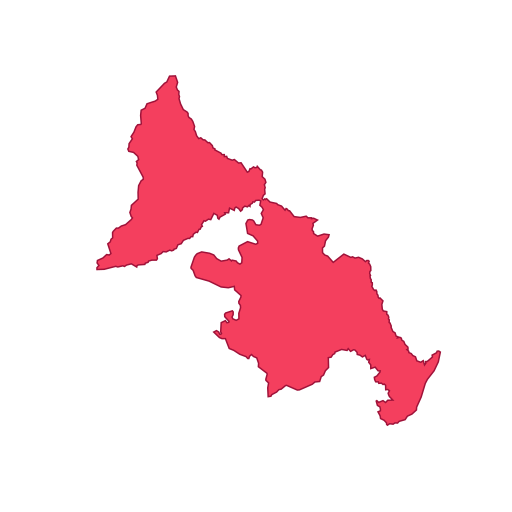 outline of Lehlakaneng, Mafeteng, Lesotho, rotated 167°
{"feature_id": "5366337B94978153293499", "entity_name": "Lehlakaneng", "entity_type": "district", "adm_level": 2, "iso_a3": "LSO", "parent_name": "Lesotho", "parent_adm1": "Mafeteng", "projection": "equal_earth", "projection_center": [27.647, -29.815], "detail": "fine", "context": "isolated", "style": "filled", "palette": "rose", "viewbox_px": 512, "rotation_deg": 167, "n_neighbors": 0, "source": "geoboundaries", "source_scale": "gbopen_adm2", "svg_char_len": 6132}
<svg xmlns="http://www.w3.org/2000/svg" viewBox="0 0 512 512"><g transform="rotate(167 256 256)"><path d="M414.0,278.6L406.9,277.2L395.0,277.5L393.1,276.4L387.9,276.4L386.5,275.4L384.2,276.3L379.2,276.4L374.7,272.1L374.1,273.4L372.6,273.8L366.2,272.8L365.5,273.9L362.6,274.1L361.8,275.2L358.5,275.4L353.9,274.4L352.7,275.5L352.4,278.9L347.9,279.7L345.5,281.2L342.6,280.2L338.7,281.1L337.0,280.0L334.9,280.3L334.5,281.0L331.9,281.3L329.6,284.5L326.1,284.8L323.2,287.6L318.3,288.5L316.8,288.0L314.8,289.5L313.3,289.1L312.2,291.3L309.1,292.7L307.8,292.1L305.5,294.8L304.3,294.7L302.9,296.6L301.6,297.0L302.0,298.8L298.7,302.1L297.5,301.3L294.0,302.6L291.9,301.6L287.5,307.0L284.6,304.4L284.7,301.4L283.8,300.2L282.3,302.0L276.5,303.7L276.8,305.2L273.0,304.3L271.0,308.6L266.9,305.3L265.9,307.5L264.4,308.2L262.2,306.1L260.9,303.1L258.9,304.2L258.3,305.8L255.7,307.1L253.3,305.8L251.6,306.8L250.7,305.7L250.1,307.5L247.8,308.2L246.8,309.5L245.4,308.9L243.8,310.2L240.5,309.7L239.0,308.7L240.8,304.6L239.1,302.1L238.4,299.4L241.3,296.3L240.4,291.6L244.0,285.7L245.8,285.2L249.1,286.5L250.4,290.7L251.4,291.9L254.2,293.0L255.9,292.9L258.5,289.9L259.1,279.9L254.3,276.3L251.1,270.2L251.5,268.0L253.6,267.5L261.0,271.9L270.2,269.5L271.4,267.8L271.7,266.0L269.9,257.7L271.4,252.6L273.5,251.7L275.6,253.6L276.5,255.6L280.2,257.3L281.0,256.7L282.9,259.3L284.9,258.5L291.1,258.8L294.9,262.3L296.9,266.5L300.6,269.1L308.0,272.2L312.8,271.5L314.5,270.4L316.3,268.7L321.9,259.7L322.0,258.5L320.5,256.2L319.8,250.4L319.0,248.5L307.4,242.1L297.0,233.7L290.1,231.3L284.0,231.3L284.4,227.8L279.5,220.9L280.0,219.3L283.0,215.6L283.3,213.8L282.3,211.4L282.7,209.0L285.6,204.1L286.8,198.6L289.8,197.8L292.7,200.0L293.1,201.9L291.5,203.9L290.8,206.6L291.4,207.9L298.4,207.3L299.7,206.3L300.1,203.9L297.0,198.4L297.5,197.5L299.3,197.5L300.4,199.9L304.9,198.9L307.5,189.9L307.0,188.4L307.9,187.6L308.9,187.9L309.5,190.4L311.3,192.2L314.3,191.4L310.0,184.8L307.7,183.1L304.4,182.4L302.9,171.9L298.9,169.1L293.9,163.9L288.3,160.2L287.1,158.0L286.1,157.7L284.8,159.8L282.5,161.0L281.1,158.7L278.2,156.6L277.6,150.9L278.6,147.6L271.8,139.4L271.7,138.3L274.1,133.8L274.3,132.6L272.3,129.5L274.2,124.9L275.8,116.2L273.0,116.0L271.8,117.4L266.5,118.8L263.9,120.6L261.4,120.6L256.4,123.1L255.3,123.1L245.9,116.1L243.8,115.8L230.0,118.4L226.9,120.0L222.2,119.4L219.6,123.8L217.0,124.8L214.2,128.6L210.4,131.0L208.4,140.7L205.6,140.5L203.3,142.7L201.3,143.2L200.6,144.6L193.6,145.7L188.5,143.5L187.0,145.0L185.3,141.8L182.0,142.7L180.8,142.2L179.2,139.4L179.5,137.3L177.0,136.0L175.0,133.7L171.9,134.6L171.3,130.5L170.7,129.7L168.8,129.7L170.1,127.1L168.7,124.1L169.5,120.5L164.9,120.9L162.8,116.6L160.8,116.1L161.3,115.0L165.2,111.9L168.0,111.2L168.2,108.9L167.7,106.5L165.1,105.8L165.0,104.3L162.4,103.9L161.1,102.2L159.9,102.4L158.8,100.9L159.7,96.5L157.6,96.3L156.3,94.6L158.1,92.6L158.0,90.9L157.6,89.0L155.1,84.8L160.1,85.8L162.7,84.1L164.8,86.5L169.4,85.8L170.8,87.9L171.5,87.6L171.3,83.1L169.2,81.1L169.2,78.8L169.6,77.2L172.2,76.7L171.0,72.4L171.2,69.6L168.1,67.1L166.4,64.1L166.6,62.5L166.0,61.6L163.5,62.5L160.2,61.3L158.2,62.1L155.6,61.4L153.7,62.7L147.5,63.0L144.5,65.9L139.6,66.9L134.3,69.9L133.5,72.6L126.8,81.4L119.7,93.8L116.7,97.3L108.3,104.1L102.2,111.8L98.0,120.9L99.3,122.3L100.9,122.5L101.9,121.1L106.7,119.8L106.8,117.9L112.9,114.7L114.5,115.0L114.6,113.4L116.3,111.9L116.6,116.4L119.4,115.4L122.9,117.7L123.3,121.9L125.6,123.7L126.7,126.0L128.8,127.5L128.6,128.9L130.0,130.8L128.8,131.0L128.5,133.0L130.7,136.4L131.2,139.5L132.9,141.3L132.9,143.3L134.2,144.5L136.6,144.4L135.9,145.4L137.5,146.4L137.8,149.9L139.6,151.6L140.4,156.1L140.0,157.3L140.5,160.6L141.2,161.2L140.5,163.9L141.1,164.9L140.4,166.5L140.7,168.7L141.7,169.7L141.1,172.4L144.3,173.8L144.9,175.7L144.3,180.5L142.4,183.7L144.6,187.2L145.5,187.0L146.2,188.4L146.0,190.4L146.7,191.9L146.3,194.4L146.8,195.9L147.8,195.5L149.0,196.9L150.0,200.5L149.2,201.5L148.7,203.8L149.6,204.4L149.1,207.3L149.6,208.2L149.4,211.0L148.8,211.3L149.2,213.3L148.5,215.3L147.4,216.0L146.6,219.8L147.1,222.5L148.0,223.8L147.0,225.2L147.3,226.2L149.0,226.7L150.7,225.9L153.1,229.3L156.4,231.7L160.0,231.7L162.1,233.5L163.9,233.3L170.0,238.1L182.2,232.4L186.2,239.8L188.8,241.5L190.4,244.3L189.4,248.9L187.1,250.2L184.8,255.2L181.2,258.1L180.0,260.3L184.8,262.1L191.5,261.5L194.8,264.9L194.5,266.8L195.4,268.3L195.2,270.0L193.2,273.0L193.2,275.0L188.0,277.2L191.3,279.8L193.5,279.9L193.3,280.7L196.8,281.5L198.1,283.5L204.1,283.6L210.0,285.8L213.1,292.5L214.2,292.9L215.3,295.0L216.0,295.5L217.4,294.1L219.9,298.9L223.4,301.2L224.0,302.5L230.2,305.4L232.8,309.4L234.2,308.9L234.5,309.7L236.2,309.0L236.9,309.7L237.1,310.6L235.1,313.5L233.2,314.5L232.5,319.3L231.7,320.4L231.8,323.6L229.8,325.5L230.0,328.8L232.1,331.9L230.7,336.2L231.4,338.5L232.4,339.0L234.6,343.1L235.3,342.1L237.1,342.2L238.4,343.4L241.4,342.0L242.2,342.4L243.9,340.0L245.6,339.6L249.6,350.2L252.1,350.5L255.4,354.9L257.6,354.7L261.9,357.5L262.2,359.7L264.5,360.0L264.1,361.9L266.5,362.5L267.0,364.1L272.2,368.6L271.9,369.6L273.6,371.0L273.7,373.4L275.8,377.0L277.4,377.2L279.7,380.6L281.4,381.1L283.2,383.6L285.4,383.3L286.8,386.5L287.1,390.9L288.0,393.2L286.7,396.0L287.3,401.3L288.2,404.0L290.2,406.1L290.6,407.9L290.1,410.2L290.7,411.7L293.9,415.0L295.3,421.2L295.6,426.7L294.7,428.5L294.9,430.7L294.0,433.7L295.2,435.4L295.7,438.6L293.3,442.8L294.0,449.6L299.8,450.7L303.8,445.6L306.3,444.9L316.4,438.2L315.9,434.7L316.4,430.8L319.3,429.6L327.9,428.9L330.9,424.9L335.1,423.9L336.8,418.9L338.0,410.8L338.6,410.1L341.7,410.5L343.8,408.9L347.1,404.1L350.9,400.4L350.1,398.0L354.4,394.0L355.4,390.6L356.8,389.1L356.4,386.6L352.0,384.5L348.7,379.7L348.7,376.3L351.3,375.0L350.9,373.5L351.7,371.2L348.2,358.2L348.6,356.1L351.0,355.1L354.5,351.0L356.6,344.6L358.0,337.9L366.0,333.4L367.2,329.8L369.1,326.8L368.7,322.6L367.8,320.9L369.4,319.5L376.0,315.9L380.5,315.5L383.8,314.1L385.8,314.6L389.6,312.1L390.5,311.1L391.6,305.9L393.5,304.9L394.8,302.6L397.7,301.2L396.8,291.0L398.8,290.0L401.2,291.0L405.6,288.5L411.5,287.3L412.4,285.0L411.2,282.1L413.6,280.4L414.0,278.6Z" fill="#f43f5e" stroke="#9f1239" stroke-width="1.5"/></g></svg>